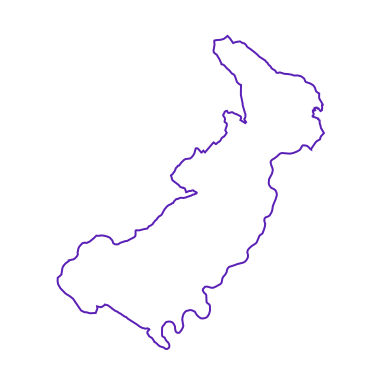 Criciova, Timis, Romania (Natural Earth projection), rotated 275°
{"feature_id": "2599482B5621760837960", "entity_name": "Criciova", "entity_type": "district", "adm_level": 2, "iso_a3": "ROU", "parent_name": "Romania", "parent_adm1": "Timis", "projection": "natural_earth1", "projection_center": [22.079, 45.641], "detail": "fine", "context": "isolated", "style": "outline", "palette": "violet", "viewbox_px": 384, "rotation_deg": 275, "n_neighbors": 0, "source": "geoboundaries", "source_scale": "gbopen_adm2", "svg_char_len": 6009}
<svg xmlns="http://www.w3.org/2000/svg" viewBox="0 0 384 384"><g transform="rotate(275 192 192)"><path d="M244.7,307.0L245.2,306.9L252.4,310.9L253.6,312.0L255.6,314.9L257.1,315.1L258.8,315.7L262.2,318.3L267.1,314.8L269.4,314.2L271.6,313.2L274.5,312.9L275.4,311.3L276.1,311.4L276.9,308.8L277.4,306.3L277.6,305.7L278.0,305.5L278.3,305.5L279.4,306.4L280.7,306.3L282.3,305.5L283.8,305.3L284.3,305.9L284.1,306.4L283.7,306.7L284.2,307.6L285.4,306.8L286.0,306.5L286.4,306.7L286.6,307.1L286.6,308.1L286.9,308.3L286.7,308.8L286.9,309.1L286.0,310.1L286.3,310.7L283.8,313.0L284.0,313.4L284.4,313.6L285.0,314.4L286.3,314.2L286.9,314.4L289.9,313.9L290.3,314.1L290.3,314.7L290.5,314.7L296.1,310.7L297.3,310.4L301.3,310.1L301.6,309.2L302.9,307.1L303.5,306.6L306.4,305.5L307.8,304.5L308.9,303.4L310.4,300.4L311.5,295.8L312.2,295.2L314.5,294.0L315.3,293.1L316.7,290.8L317.2,288.3L317.3,286.5L316.9,283.7L317.6,280.8L317.9,276.6L317.7,274.3L318.8,269.1L318.1,267.0L318.3,265.7L320.3,264.2L321.5,261.6L322.4,260.3L323.7,259.5L325.7,257.0L327.0,256.1L328.6,254.1L329.4,253.5L332.7,247.2L334.5,245.2L336.0,243.1L339.6,237.6L341.0,234.9L341.7,234.1L343.2,233.0L344.6,231.2L344.8,229.7L345.1,228.7L346.0,227.2L346.1,226.0L345.2,222.6L344.0,220.0L348.1,216.6L350.6,213.8L347.9,211.1L347.3,210.3L346.2,207.6L345.4,202.8L344.8,201.1L344.2,201.0L340.5,201.6L334.7,201.1L333.0,201.6L332.2,202.5L331.0,204.5L330.4,205.1L328.7,206.2L326.6,207.8L322.6,210.0L321.8,210.2L321.8,211.1L321.3,212.6L320.5,213.6L318.1,216.1L316.5,218.5L314.0,220.9L313.2,222.0L313.0,222.8L312.2,224.0L310.5,225.0L305.5,227.2L303.6,229.5L302.9,231.5L293.1,232.2L284.3,234.8L283.0,234.9L275.5,237.8L274.1,238.5L271.6,238.6L270.5,238.4L269.4,237.8L268.8,237.8L266.3,239.8L265.3,239.1L267.9,233.9L270.0,234.5L271.2,234.2L271.7,233.6L273.1,230.4L273.9,227.4L275.0,225.2L274.8,224.0L274.1,222.4L274.0,221.4L274.3,220.7L275.9,219.8L275.4,218.3L274.4,217.4L273.2,217.2L271.6,216.3L270.7,216.6L268.6,218.2L267.6,218.6L265.2,218.3L264.5,218.5L263.7,220.1L263.4,220.5L262.2,220.9L260.1,220.7L258.6,220.2L256.3,219.8L254.0,221.4L251.6,220.2L249.8,218.8L248.9,217.4L248.3,216.9L245.4,215.6L244.9,215.2L243.5,213.3L242.2,212.2L241.8,211.6L243.3,209.2L243.1,209.0L232.6,201.5L234.2,199.7L232.1,198.1L232.1,197.9L235.8,194.1L236.0,193.0L235.7,191.9L230.7,191.0L228.4,189.9L226.3,188.4L225.2,187.1L224.5,183.8L224.1,182.4L223.4,181.4L220.4,178.8L217.2,176.8L216.9,175.6L215.4,174.8L214.2,173.7L212.9,173.5L211.2,172.9L207.8,170.8L206.7,169.6L202.0,171.5L197.7,178.3L196.5,179.3L196.0,180.0L195.3,182.4L195.6,182.7L195.5,183.2L195.0,183.9L194.9,184.6L192.5,185.7L191.3,186.1L191.4,186.7L192.7,188.9L193.0,191.0L193.7,192.2L193.7,192.7L193.7,193.1L192.9,194.2L192.3,196.0L191.9,196.6L191.6,196.8L190.9,196.4L189.7,194.2L189.6,193.4L188.1,191.0L186.8,187.8L186.0,186.3L185.3,184.0L185.3,181.3L184.6,179.6L183.8,178.6L183.8,177.6L183.5,176.9L181.1,174.9L179.4,174.2L179.0,173.1L177.9,171.9L177.2,170.4L175.7,168.5L172.4,166.2L166.5,163.6L164.7,161.2L163.8,160.5L162.6,159.6L161.4,159.1L160.5,158.0L157.7,156.1L156.7,155.7L156.1,155.1L154.7,153.3L154.0,151.9L152.5,151.2L151.6,150.4L150.8,147.3L149.2,142.9L149.0,139.7L148.7,139.3L148.1,139.2L144.0,139.5L143.0,139.3L141.8,138.2L138.5,132.9L137.7,132.0L137.0,129.0L136.4,128.0L135.2,125.1L133.4,122.9L133.2,120.4L133.3,119.5L134.2,118.0L136.7,116.9L139.2,114.3L139.6,113.5L140.3,111.2L140.8,108.2L140.9,106.3L140.8,105.2L140.2,102.8L140.2,100.9L140.1,100.5L137.3,98.1L133.8,94.5L132.2,91.8L132.0,90.7L132.2,90.2L132.2,89.7L131.8,88.2L131.5,87.4L130.4,86.4L127.9,84.6L126.1,83.8L121.8,83.3L119.8,83.7L117.9,83.0L115.7,81.2L114.6,79.8L113.2,75.3L112.7,75.5L109.8,72.2L107.0,70.2L104.8,69.5L98.5,69.1L97.5,68.4L94.8,65.7L91.3,65.9L88.4,66.7L84.6,69.3L79.8,74.9L77.3,79.8L75.2,82.9L64.3,91.8L62.9,95.3L63.0,97.0L62.3,100.9L63.1,106.6L67.7,107.9L69.8,107.4L69.3,111.1L69.9,112.6L71.8,114.8L72.3,115.1L71.9,117.0L71.9,117.8L70.1,120.9L68.5,123.2L66.8,126.2L66.2,128.3L65.3,129.5L64.4,131.9L63.8,132.6L62.0,135.9L61.8,137.1L60.1,139.3L54.9,149.3L53.5,151.4L52.3,154.2L51.8,157.5L52.1,159.1L52.3,159.6L51.7,161.2L51.3,161.5L49.5,160.1L48.9,159.8L47.5,159.8L44.5,162.0L43.2,164.6L42.8,165.1L40.0,167.4L39.4,167.5L38.9,168.8L35.6,173.1L34.5,177.7L33.5,179.0L33.4,180.7L34.4,182.2L35.0,182.7L37.1,182.9L38.8,182.2L40.1,181.2L41.1,179.9L42.6,178.6L44.6,177.4L45.2,175.9L45.8,175.0L47.0,174.6L54.2,174.0L56.0,174.7L57.0,175.6L58.4,176.3L60.0,177.4L60.6,178.7L60.9,180.1L61.0,181.8L60.7,183.0L60.0,184.4L58.3,185.8L56.4,186.8L54.1,187.1L51.8,187.9L51.0,188.6L50.7,189.3L50.4,190.4L50.5,191.0L51.0,191.9L53.8,193.7L56.2,194.7L57.9,195.0L63.6,193.5L65.3,193.4L68.2,193.8L69.9,194.3L71.7,195.4L72.9,196.5L74.2,200.3L74.2,201.9L73.7,203.5L73.0,205.3L70.3,207.2L68.8,208.8L67.9,210.1L67.0,211.8L66.9,213.3L67.4,215.6L68.4,217.5L69.8,218.6L71.9,219.6L74.4,220.1L75.9,220.3L80.4,219.7L81.4,219.1L82.9,216.7L83.7,216.1L90.5,215.2L91.5,214.5L92.5,213.1L93.8,212.0L95.1,211.3L96.2,211.4L98.6,213.1L99.0,214.5L99.0,216.0L98.4,218.9L98.3,220.5L98.6,221.8L99.6,223.6L102.8,228.4L104.3,229.4L108.5,229.8L109.9,230.3L113.1,232.6L115.4,233.5L117.9,233.8L119.3,234.4L120.7,235.6L122.9,241.0L124.1,243.3L126.1,249.2L127.5,251.1L128.8,252.1L131.5,253.3L132.9,253.4L134.4,253.2L136.6,252.4L137.7,252.4L139.3,252.8L140.9,253.9L143.4,256.2L145.7,259.2L147.0,260.6L148.8,261.3L154.1,262.9L155.3,263.9L156.2,265.2L157.3,266.0L162.2,267.3L165.1,267.7L167.1,267.6L168.7,266.8L170.3,266.5L172.1,266.7L173.2,267.6L174.2,269.9L175.4,271.4L178.5,272.9L180.8,273.5L185.2,273.8L192.6,276.1L196.4,276.8L198.7,276.3L201.1,274.9L202.3,272.8L203.0,270.6L204.9,268.8L206.1,268.1L208.0,267.6L211.7,267.7L217.3,270.1L220.1,270.5L221.5,270.5L223.3,269.8L225.9,268.5L228.0,267.8L229.4,267.8L230.4,268.4L231.3,269.2L232.7,271.2L235.2,273.9L237.0,275.4L238.2,276.8L238.7,278.4L238.7,286.0L239.5,289.0L240.5,291.2L241.7,293.4L243.2,295.5L244.5,296.4L247.6,297.8L248.2,298.6L248.2,301.4L247.7,303.1L246.6,304.6L245.2,306.0L244.7,307.0Z" fill="none" stroke="#5b21b6" stroke-width="2"/></g></svg>